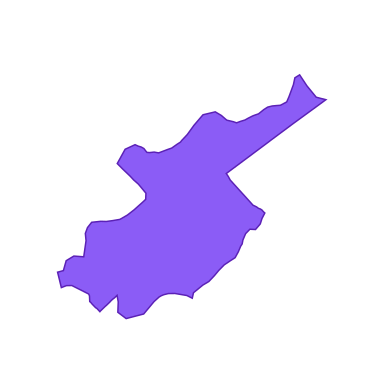 outline of Ogba/Egbema/Ndoni, Rivers, Nigeria, rotated 46°
{"feature_id": "59680162B28887917480980", "entity_name": "Ogba/Egbema/Ndoni", "entity_type": "district", "adm_level": 2, "iso_a3": "NGA", "parent_name": "Nigeria", "parent_adm1": "Rivers", "projection": "natural_earth1", "projection_center": [6.63, 5.434], "detail": "fine", "context": "isolated", "style": "filled", "palette": "violet", "viewbox_px": 384, "rotation_deg": 46, "n_neighbors": 0, "source": "geoboundaries", "source_scale": "gbopen_adm2", "svg_char_len": 1900}
<svg xmlns="http://www.w3.org/2000/svg" viewBox="0 0 384 384"><g transform="rotate(46 192 192)"><path d="M227.0,328.9L237.3,327.3L242.3,318.4L246.2,311.5L244.5,295.6L244.5,294.3L244.7,288.5L245.3,286.1L246.3,283.6L248.6,279.6L253.1,274.8L262.9,267.6L268.6,265.6L265.5,260.9L266.5,248.8L268.1,242.1L267.7,233.6L267.0,227.2L266.8,219.4L268.1,212.1L269.2,206.6L267.2,200.2L264.8,194.6L264.2,192.0L261.9,188.7L260.1,184.5L259.2,182.3L259.0,176.2L263.1,172.4L262.4,165.1L259.7,160.1L257.7,154.2L256.4,154.3L255.2,154.3L253.4,154.2L251.5,154.7L250.0,155.5L247.6,155.9L246.2,156.4L243.8,157.3L241.9,157.2L209.9,156.2L206.0,155.1L202.5,154.5L205.3,132.8L209.2,102.2L209.5,99.5L213.0,72.3L217.0,43.4L218.6,31.6L210.1,36.8L195.5,35.6L182.5,33.2L181.3,38.6L184.9,44.0L185.2,44.4L186.2,46.5L188.1,50.4L190.8,56.0L193.0,61.3L191.0,68.2L188.5,71.2L185.8,74.6L183.5,78.6L182.6,83.1L182.0,89.8L180.1,93.9L179.4,95.6L177.9,100.4L177.0,103.9L174.9,108.0L173.2,111.9L170.2,113.4L164.6,117.0L163.3,117.2L157.4,117.7L150.5,119.6L144.1,130.4L144.2,131.7L145.4,144.3L147.4,155.5L147.8,163.9L148.1,165.6L147.3,169.5L146.3,176.1L144.7,179.5L140.7,188.8L137.0,191.5L134.2,195.1L132.2,196.9L130.7,196.8L127.3,196.4L124.3,197.3L121.7,198.8L118.4,200.1L114.8,210.4L119.6,226.0L127.8,225.9L137.4,225.5L142.9,225.6L149.1,225.1L156.0,225.6L160.9,226.0L165.1,230.4L165.0,236.2L164.9,238.1L164.6,246.1L163.7,254.5L161.6,262.9L157.5,268.9L153.7,274.1L149.7,278.0L144.1,285.2L145.0,291.9L147.7,297.5L153.1,301.8L153.3,301.9L163.4,314.9L156.0,321.5L154.0,330.2L159.2,339.1L156.3,344.4L163.2,348.4L170.0,352.4L172.1,347.4L175.8,343.4L193.6,337.2L195.5,337.9L199.8,341.7L200.8,341.5L203.2,341.7L207.7,341.7L208.8,341.6L209.6,341.3L214.1,341.4L214.0,340.7L214.0,339.0L214.0,333.3L214.1,332.7L214.1,327.4L214.0,326.8L214.0,323.8L214.3,321.3L214.3,317.7L219.8,321.4L227.0,328.9Z" fill="#8b5cf6" stroke="#5b21b6" stroke-width="1.5"/></g></svg>